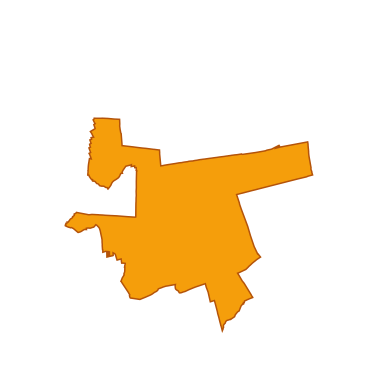 Nopaltepec, México, Mexico, rotated 226°
{"feature_id": "50627088B29090320991668", "entity_name": "Nopaltepec", "entity_type": "district", "adm_level": 2, "iso_a3": "MEX", "parent_name": "Mexico", "parent_adm1": "México", "projection": "orthographic", "projection_center": [-98.709, 19.801], "detail": "fine", "context": "isolated", "style": "filled", "palette": "amber", "viewbox_px": 384, "rotation_deg": 226, "n_neighbors": 0, "source": "geoboundaries", "source_scale": "gbopen_adm2", "svg_char_len": 5882}
<svg xmlns="http://www.w3.org/2000/svg" viewBox="0 0 384 384"><g transform="rotate(226 192 192)"><path d="M277.6,129.9L276.6,128.8L275.9,129.5L275.6,129.4L275.2,129.2L274.8,129.1L274.2,128.8L273.8,128.8L273.4,128.8L272.9,128.7L272.5,128.5L271.8,128.5L271.1,128.4L270.6,128.5L270.4,128.8L270.0,129.1L269.9,129.1L269.7,128.9L269.6,128.6L269.6,128.3L269.3,128.2L269.0,128.1L268.5,128.5L268.2,128.7L267.9,129.0L267.6,129.2L267.2,129.4L266.7,129.6L266.2,129.5L265.6,129.5L265.1,129.4L264.6,129.4L264.2,129.4L263.5,129.9L262.9,130.1L262.4,130.2L261.8,130.1L261.3,130.0L260.9,129.9L260.4,130.1L260.1,130.3L259.7,130.6L259.3,130.8L258.6,131.4L258.0,132.1L257.7,132.3L257.2,132.7L256.2,132.9L255.5,133.0L255.1,133.2L254.7,133.5L254.4,133.8L254.2,134.0L253.7,134.1L253.4,134.0L253.0,133.6L252.5,133.6L252.6,134.3L252.8,136.2L253.3,138.6L254.0,140.1L254.4,141.7L254.4,143.0L254.3,143.9L253.9,145.5L253.7,146.7L253.4,148.4L253.4,149.5L253.7,150.9L254.7,153.3L254.8,153.5L253.8,155.0L254.8,155.4L255.5,157.3L256.2,160.6L256.5,162.3L255.5,164.1L253.8,167.0L253.7,167.3L252.5,165.9L250.6,168.8L249.3,167.7L248.3,168.8L246.4,167.1L246.3,166.9L245.9,167.2L245.3,166.8L245.1,166.1L244.5,165.6L238.2,159.2L233.7,154.9L231.3,152.3L228.1,149.4L226.5,147.6L225.3,146.4L224.1,145.2L222.9,143.9L221.7,142.7L213.1,134.2L213.5,133.5L219.1,128.4L226.9,121.5L229.9,118.7L231.9,116.8L236.0,113.0L237.1,112.1L240.3,109.1L240.6,108.9L245.4,104.4L246.3,103.2L247.2,102.1L248.0,101.4L248.4,101.2L255.3,96.3L257.6,94.7L257.5,94.3L257.4,93.6L258.0,91.9L256.9,91.0L257.2,88.9L256.7,88.6L256.6,87.9L256.8,86.7L257.0,85.8L256.9,85.0L256.7,84.0L256.4,81.9L257.2,81.3L256.7,80.7L256.5,80.4L256.4,80.1L257.0,79.6L256.6,78.9L256.2,77.9L255.7,78.1L255.5,77.5L254.6,77.8L252.7,78.6L251.2,79.5L250.6,79.8L250.1,80.6L248.1,81.3L242.1,81.9L241.9,82.1L240.8,84.2L240.5,85.4L240.2,87.0L239.9,88.3L239.8,88.5L238.3,90.0L239.3,90.7L238.7,91.7L238.2,92.3L237.1,93.3L236.5,93.9L235.9,95.3L235.0,96.9L235.0,98.1L235.3,100.1L234.3,100.4L233.4,100.4L231.1,100.4L230.3,100.2L229.0,99.6L227.8,99.0L225.3,97.4L221.9,95.3L220.1,94.1L218.3,92.4L216.6,91.0L215.7,90.1L212.6,87.5L212.3,87.6L210.6,86.0L209.2,88.8L208.3,89.3L204.3,85.6L203.6,86.8L207.4,90.3L206.3,91.0L206.2,90.9L203.0,87.9L201.2,90.8L201.1,91.2L203.1,93.0L201.4,93.5L200.4,93.5L195.1,90.8L193.1,94.5L189.7,92.0L188.3,93.4L187.4,94.1L187.0,94.4L186.3,93.5L185.8,92.6L184.8,91.3L184.6,91.5L183.1,90.0L181.4,88.2L180.3,86.0L179.5,85.6L178.7,82.3L177.1,78.8L176.8,78.9L175.0,78.5L164.2,76.5L162.6,76.1L161.3,75.8L161.0,75.1L159.7,74.3L158.6,74.0L150.9,79.9L148.7,85.4L146.9,90.2L146.4,91.8L146.2,92.8L145.9,95.2L145.2,97.4L145.2,97.8L145.1,99.0L145.3,99.4L145.7,100.6L144.2,103.9L143.7,105.2L142.4,107.8L141.6,108.9L137.0,115.8L136.5,115.0L136.1,114.6L135.3,113.9L133.9,112.9L133.2,112.8L132.0,112.9L130.4,113.4L129.4,113.1L128.3,112.9L127.8,113.2L126.9,114.5L126.2,116.2L125.2,118.0L124.6,119.8L123.9,121.9L122.2,126.2L121.2,128.6L120.5,130.1L119.9,131.3L116.8,137.9L113.6,136.1L108.9,134.1L100.3,128.9L98.4,132.7L96.1,131.5L91.8,129.1L89.5,127.8L88.1,127.0L86.8,126.1L83.2,124.2L78.9,121.7L77.4,120.9L76.0,120.0L75.6,119.9L74.1,119.1L71.1,117.4L71.3,117.9L71.5,118.1L71.6,118.7L72.2,119.5L72.8,120.8L73.7,121.4L74.4,122.3L74.6,123.7L74.6,124.8L75.4,126.3L75.4,127.8L74.4,129.7L74.0,130.7L73.6,131.7L73.4,131.6L73.3,132.6L72.7,136.0L73.6,137.8L74.1,141.5L73.7,143.3L73.8,143.5L74.8,145.6L76.0,148.3L76.1,150.0L76.3,150.8L75.7,151.2L76.7,152.2L76.1,152.7L77.1,154.1L76.6,155.4L76.1,157.0L75.5,158.5L75.3,159.2L73.9,162.4L74.4,162.6L75.5,162.7L76.5,163.0L77.1,163.2L90.2,166.1L93.7,166.4L93.8,166.5L97.4,167.4L99.0,167.8L101.9,168.4L101.3,169.8L98.9,177.0L98.9,179.6L99.0,181.7L98.9,183.3L98.9,183.5L98.9,183.8L98.9,186.0L98.4,191.7L98.1,193.4L97.6,196.1L101.7,196.5L101.9,196.2L102.1,196.3L109.6,198.8L120.0,203.7L128.6,208.2L145.8,215.7L150.3,217.8L151.1,218.4L159.2,222.3L151.7,235.5L149.5,239.3L147.6,242.7L134.4,265.8L133.1,268.1L128.2,276.7L123.3,285.0L123.0,285.9L122.7,286.6L120.5,290.6L123.1,291.9L123.1,292.1L124.0,292.6L124.8,292.9L125.5,293.2L126.2,293.8L126.8,294.5L136.2,300.8L137.8,302.0L139.4,303.3L140.1,304.0L141.7,305.3L143.0,306.3L145.2,308.1L145.8,308.7L147.7,310.0L148.0,309.5L163.1,286.6L163.5,285.9L165.2,282.9L165.3,283.9L164.3,286.8L165.1,287.0L167.6,278.9L170.1,274.9L170.6,273.5L172.4,270.8L176.2,265.2L183.8,254.7L184.8,253.9L185.0,253.7L185.1,253.8L187.2,250.8L187.7,250.1L188.2,249.5L189.0,248.5L191.0,245.8L191.3,245.3L192.8,243.3L193.3,242.5L194.1,241.5L194.7,240.6L196.0,238.8L196.5,238.2L197.3,237.1L198.3,235.8L199.4,234.2L200.0,233.4L200.6,232.6L201.7,231.1L203.0,229.3L204.0,228.0L204.8,226.9L205.6,225.8L206.8,224.1L208.5,221.9L208.8,221.4L209.4,220.7L210.3,219.4L211.0,218.3L211.5,217.5L211.9,217.0L212.9,215.6L213.8,214.1L215.0,212.7L216.2,211.2L216.9,209.9L217.7,208.8L218.9,207.2L219.7,206.0L220.3,205.0L221.3,203.8L222.2,202.6L224.0,199.9L227.9,194.4L228.6,193.4L230.5,190.6L231.5,189.0L232.5,187.7L241.9,195.2L242.8,196.1L244.8,197.8L245.0,197.6L246.2,196.6L249.2,194.2L249.6,193.8L255.6,189.0L255.7,188.9L258.0,186.9L260.8,184.6L263.8,182.2L265.2,181.1L266.4,180.1L268.0,178.8L269.8,177.3L273.7,174.1L273.9,173.9L276.9,176.4L283.2,181.6L284.2,181.9L285.6,182.9L286.9,183.7L288.5,184.9L289.6,185.7L291.1,187.3L293.0,189.0L294.6,190.4L298.4,186.8L303.2,182.7L306.8,179.3L311.2,174.7L312.9,173.0L312.6,172.8L312.6,171.0L308.9,169.8L308.4,169.8L308.7,168.2L305.0,166.5L304.9,166.2L306.1,160.9L304.3,160.6L303.5,160.5L303.0,160.2L301.3,159.7L299.8,159.3L301.2,157.2L299.7,156.4L300.4,154.7L297.4,153.3L297.1,153.2L297.5,151.5L296.2,150.7L294.8,150.1L295.3,148.5L292.4,147.2L290.8,146.5L291.3,144.8L290.0,144.4L287.6,143.4L285.8,142.5L287.3,141.5L286.2,140.0L285.2,138.7L284.2,137.3L283.4,136.3L282.2,134.9L280.5,133.1L279.8,132.5L279.7,132.0L279.1,131.6L278.4,130.9L277.6,129.9Z" fill="#f59e0b" stroke="#b45309" stroke-width="1.5"/></g></svg>